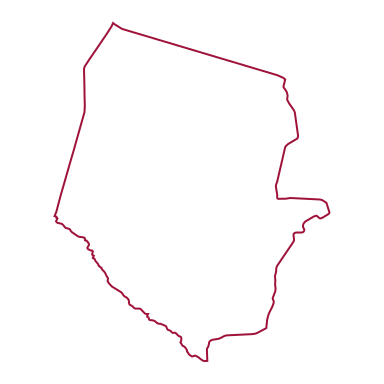 Boquerón, Albers equal-area conic projection
{"feature_id": "PRY-598", "entity_name": "Boquerón", "entity_type": "Department", "adm_level": 1, "iso_a3": "PRY", "parent_name": "Paraguay", "parent_adm1": "", "projection": "albers", "projection_center": [-61.074, -21.97], "detail": "fine", "context": "isolated", "style": "outline", "palette": "rose", "viewbox_px": 384, "rotation_deg": 0, "n_neighbors": 0, "source": "natural_earth", "source_scale": "10m", "svg_char_len": 3715}
<svg xmlns="http://www.w3.org/2000/svg" viewBox="0 0 384 384"><path d="M85.5,240.6L85.1,240.4L84.9,239.8L84.9,238.8L84.8,238.4L84.6,237.9L84.0,237.6L83.0,237.3L80.1,236.9L79.5,236.9L77.9,236.3L72.1,232.3L70.7,231.0L70.2,229.6L69.4,229.0L66.1,228.0L65.1,227.5L63.1,224.9L61.7,223.8L59.7,223.3L58.8,223.2L57.7,222.9L56.7,222.3L56.1,221.5L56.2,220.8L56.7,220.0L57.1,219.1L56.5,217.9L57.1,217.9L56.7,217.2L56.1,216.6L55.4,216.2L54.6,216.1L56.4,211.6L58.6,203.2L60.7,195.3L64.2,183.2L67.1,173.1L70.8,160.2L73.6,150.8L76.5,140.4L79.3,130.5L81.9,121.3L84.5,112.1L84.8,106.3L84.8,106.2L84.5,93.3L84.4,84.8L84.2,77.0L84.0,68.9L84.7,66.5L87.7,61.9L89.5,59.2L91.2,56.7L94.9,51.3L98.6,45.9L102.3,40.4L106.0,35.0L107.4,32.9L108.7,30.8L110.1,28.6L111.5,26.5L112.5,24.2L113.1,23.0L114.2,24.0L122.0,28.9L277.3,75.2L283.0,77.7L285.2,79.4L283.5,86.3L283.5,86.7L283.6,87.2L283.9,87.8L285.6,90.1L286.6,91.8L287.0,93.0L287.5,95.1L287.6,95.9L287.5,96.6L287.2,99.0L287.2,99.7L287.5,100.4L289.1,103.4L293.5,109.7L294.0,110.5L294.8,112.4L298.0,135.2L298.0,136.1L297.9,136.8L297.8,137.4L297.6,137.9L297.4,138.3L297.2,138.6L296.7,138.9L288.3,143.9L287.1,144.9L285.8,146.2L285.3,147.0L285.0,147.9L277.3,181.2L276.1,184.7L275.9,185.9L275.9,186.7L277.2,194.9L277.2,197.6L277.5,198.5L278.2,198.8L285.8,198.7L290.3,198.0L320.0,199.5L322.4,200.2L326.4,202.8L329.2,211.6L329.4,212.8L329.2,213.3L327.9,214.4L322.8,217.5L320.8,218.4L320.4,218.4L319.8,218.3L319.2,217.9L318.5,217.4L317.8,216.6L317.1,216.2L316.3,215.7L315.2,216.0L314.0,216.4L305.5,221.4L304.4,222.5L303.7,223.4L303.3,224.4L303.1,224.9L303.0,225.8L303.0,226.5L303.1,227.2L304.2,229.3L304.3,229.9L304.2,230.6L303.6,231.7L302.7,232.3L301.5,232.5L296.7,232.5L295.4,232.7L294.2,233.3L293.7,234.1L293.5,235.1L294.0,239.2L294.0,239.6L293.8,240.9L293.3,242.0L277.3,265.6L276.5,267.3L276.2,268.8L276.2,271.0L276.0,272.2L275.2,275.0L275.0,276.0L275.3,280.5L275.1,284.6L275.6,288.8L275.4,290.3L275.0,292.1L272.7,298.1L272.8,298.7L272.9,299.3L273.6,300.9L273.8,301.9L273.5,303.4L272.6,306.0L268.9,313.5L267.9,316.6L267.1,320.1L266.3,328.0L266.2,328.1L265.6,328.5L257.5,332.8L255.5,333.6L252.7,334.1L226.3,335.4L225.2,335.7L224.1,336.1L221.6,337.5L218.7,338.8L212.8,339.7L211.7,340.1L210.3,340.8L209.6,341.5L209.2,342.3L208.6,345.5L208.3,346.5L207.2,348.3L207.0,348.9L206.9,349.5L207.3,360.9L204.9,361.0L203.2,360.8L200.9,359.3L198.2,357.1L195.2,355.6L192.1,356.5L189.5,354.9L188.8,354.1L187.6,352.1L187.1,351.6L187.0,350.4L186.0,348.6L184.7,346.9L182.5,345.7L181.1,343.3L180.4,342.5L181.1,341.1L181.4,339.0L181.1,337.2L180.1,336.5L178.7,336.0L177.5,334.9L176.4,333.7L175.4,332.8L174.8,332.7L173.2,332.9L172.6,332.8L171.9,332.3L170.3,330.7L169.6,330.4L167.9,329.8L167.0,328.6L166.5,327.2L165.9,326.1L160.6,323.8L158.7,323.7L157.6,323.3L156.8,322.8L155.8,321.9L154.6,321.0L153.3,320.5L151.8,320.2L150.0,320.1L149.2,319.6L148.5,317.5L147.2,316.7L147.2,315.8L147.6,314.8L148.0,314.0L146.6,314.0L145.6,313.8L144.9,313.5L140.7,309.1L139.6,308.6L135.7,308.6L134.6,308.3L133.9,307.8L132.6,306.4L131.5,305.6L130.3,305.1L129.4,304.3L129.0,302.8L128.9,301.1L128.7,300.1L128.2,299.2L127.3,298.2L126.4,297.4L124.6,296.4L123.6,295.5L121.8,292.8L121.1,292.2L112.0,286.6L109.0,283.4L107.9,281.7L107.9,281.3L107.6,280.9L108.0,278.8L107.9,278.0L106.9,276.7L105.4,273.4L104.2,271.6L102.4,269.8L101.7,268.8L101.4,267.7L101.0,267.7L100.2,267.1L99.5,266.5L99.4,266.2L98.8,265.9L98.5,265.2L98.2,264.4L97.9,263.8L95.7,261.3L95.2,260.3L94.8,259.4L94.3,258.6L93.2,258.3L92.8,257.8L93.8,255.7L92.2,254.7L92.3,253.6L92.8,251.6L92.4,250.7L92.1,250.5L91.6,250.6L90.6,250.4L88.5,249.4L87.5,248.6L87.4,247.4L88.6,245.8L89.0,244.3L88.4,242.8L86.5,240.6L86.1,240.5L85.5,240.6Z" fill="none" stroke="#9f1239" stroke-width="2"/></svg>